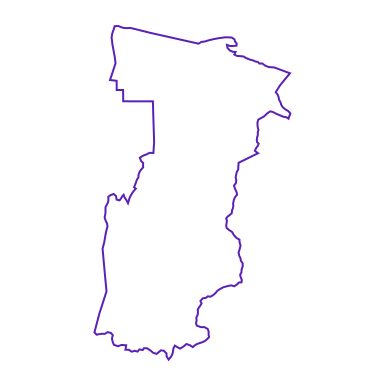 Taió, Santa Catarina, Brazil (Mercator projection), rotated 269°
{"feature_id": "56859067B18203284661636", "entity_name": "Taió", "entity_type": "district", "adm_level": 2, "iso_a3": "BRA", "parent_name": "Brazil", "parent_adm1": "Santa Catarina", "projection": "mercator", "projection_center": [-50.11, -27.092], "detail": "fine", "context": "isolated", "style": "outline", "palette": "violet", "viewbox_px": 384, "rotation_deg": 269, "n_neighbors": 0, "source": "geoboundaries", "source_scale": "gbopen_adm2", "svg_char_len": 3427}
<svg xmlns="http://www.w3.org/2000/svg" viewBox="0 0 384 384"><g transform="rotate(269 192 192)"><path d="M341.6,114.9L328.5,117.1L322.0,117.8L305.4,112.0L304.5,118.6L295.3,118.5L295.2,124.9L283.9,124.8L283.3,154.5L271.4,154.6L242.4,155.0L231.7,154.1L231.9,150.2L230.4,147.2L229.2,143.7L227.1,140.4L223.8,141.7L221.9,143.7L219.7,143.5L217.5,143.6L215.3,141.5L213.3,140.1L210.4,138.9L207.3,138.6L205.3,137.1L202.6,136.2L200.2,135.2L197.7,134.2L196.3,135.9L193.9,133.6L191.9,132.2L189.0,130.4L186.7,129.3L184.3,128.6L181.9,127.8L185.5,126.0L187.7,124.5L190.4,123.6L188.9,122.1L186.9,121.0L184.9,119.4L185.7,116.5L189.3,115.9L191.4,113.6L190.2,110.3L188.6,108.2L185.3,108.3L183.0,107.8L180.8,106.6L178.5,105.3L176.3,105.2L174.2,105.2L171.6,105.0L168.2,104.2L164.8,105.2L162.0,106.5L159.0,106.9L155.9,106.0L153.0,105.2L143.4,103.4L136.9,101.6L106.8,103.8L94.2,104.8L77.9,99.3L72.9,97.5L53.3,92.0L51.0,94.2L51.5,96.9L51.8,99.3L51.7,102.4L53.4,105.3L52.4,108.4L50.3,110.3L46.8,109.4L43.9,110.0L40.6,111.2L39.1,115.2L40.3,118.9L39.9,123.5L35.5,122.7L35.3,126.2L33.4,128.9L34.2,132.1L33.4,134.8L35.5,136.6L34.9,140.0L36.7,141.3L36.5,144.4L34.2,147.8L31.8,150.5L30.8,153.8L32.4,155.9L34.2,158.0L33.8,161.0L31.0,163.7L28.3,163.7L24.8,165.7L27.3,167.8L29.1,169.0L31.7,170.0L35.6,170.6L38.7,172.1L37.4,174.2L35.6,177.4L37.9,181.1L40.1,183.8L38.8,187.3L36.9,190.1L38.6,192.1L39.9,194.3L40.8,197.0L41.6,199.7L42.7,202.2L44.8,204.8L46.6,206.5L49.2,206.1L52.2,206.2L54.8,205.3L56.7,202.0L56.7,198.5L58.4,194.4L60.9,193.7L63.5,194.4L66.2,194.1L69.3,195.6L71.6,195.8L74.7,195.8L77.7,197.9L80.3,199.6L82.8,198.5L85.5,200.9L85.9,204.0L87.4,206.0L87.0,208.6L88.2,210.8L90.2,213.4L92.8,215.7L94.5,218.3L96.2,221.7L97.2,225.5L98.0,229.6L97.0,232.6L98.9,235.5L100.7,237.4L100.8,239.9L103.1,240.3L106.2,239.1L108.6,238.7L110.6,240.0L113.4,240.2L116.9,241.4L119.8,241.4L122.3,239.7L125.0,239.3L127.2,238.2L130.6,237.5L134.2,238.7L137.6,239.6L140.8,238.7L143.6,238.6L145.3,235.7L147.9,233.3L151.3,231.4L153.3,228.5L155.5,226.0L157.9,225.6L160.4,226.1L162.7,226.4L165.0,225.7L166.9,227.3L168.2,229.1L170.1,231.4L172.9,231.7L175.0,232.6L177.2,233.1L179.4,232.9L181.6,233.3L183.7,233.8L186.2,235.0L188.5,237.0L191.0,236.6L194.7,235.0L197.7,234.1L200.0,236.0L203.0,236.5L206.0,235.9L208.9,236.6L211.0,237.0L213.7,238.6L217.2,238.8L220.4,239.1L229.6,258.7L232.0,255.6L234.7,256.8L237.0,258.6L239.2,259.5L240.8,257.9L243.1,257.7L245.7,258.1L247.7,258.8L250.6,258.8L253.0,259.5L256.0,258.8L259.9,258.6L263.2,259.5L264.8,262.5L266.0,264.8L267.4,266.6L269.4,268.7L271.3,271.7L270.4,274.7L268.7,277.7L267.3,281.0L265.7,284.4L265.1,287.7L263.6,289.8L266.1,290.6L268.8,291.8L271.2,289.7L273.2,286.5L275.2,284.2L277.5,282.8L280.0,282.1L282.9,280.6L285.5,280.2L287.9,279.3L290.3,277.5L296.9,281.7L309.0,292.0L315.1,276.4L315.6,270.9L317.0,267.5L319.3,264.5L319.2,261.7L320.8,260.2L321.4,257.7L322.6,255.1L323.3,252.4L324.3,250.1L325.2,248.0L326.5,246.2L327.0,242.8L327.3,239.3L328.7,236.7L331.3,238.0L331.4,235.5L332.8,232.3L335.5,230.0L338.5,229.5L337.3,232.7L337.3,235.8L337.5,239.0L339.7,239.3L341.8,237.6L343.8,237.2L345.7,234.5L346.0,231.2L346.1,227.7L345.7,224.8L345.3,221.2L344.6,217.1L343.7,212.7L343.0,209.9L342.3,207.7L341.9,204.0L340.2,201.1L351.8,153.3L357.1,133.4L357.0,129.3L357.3,126.2L358.1,123.9L359.2,121.2L359.2,117.6L356.8,116.9L353.9,115.7L350.9,114.8L347.7,114.3L344.4,114.7L341.6,114.9Z" fill="none" stroke="#5b21b6" stroke-width="2"/></g></svg>